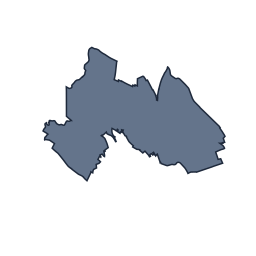 the district of Sint-Michielsgestel, Noord-Brabant, Netherlands, rotated 52°
{"feature_id": "6326949B43570757330374", "entity_name": "Sint-Michielsgestel", "entity_type": "district", "adm_level": 2, "iso_a3": "NLD", "parent_name": "Netherlands", "parent_adm1": "Noord-Brabant", "projection": "natural_earth1", "projection_center": [5.374, 51.651], "detail": "fine", "context": "isolated", "style": "filled", "palette": "slate", "viewbox_px": 256, "rotation_deg": 52, "n_neighbors": 0, "source": "geoboundaries", "source_scale": "gbopen_adm2", "svg_char_len": 5479}
<svg xmlns="http://www.w3.org/2000/svg" viewBox="0 0 256 256"><g transform="rotate(52 128 128)"><path d="M126.4,197.5L133.9,195.5L136.9,194.0L138.3,193.5L138.7,193.4L138.7,193.5L139.4,193.4L141.4,193.3L142.0,193.2L144.3,192.8L142.3,188.8L142.3,188.7L142.2,188.6L142.0,188.2L140.3,184.8L139.9,184.4L139.7,184.2L140.0,184.1L141.6,183.4L140.0,181.7L139.5,180.6L139.5,180.4L140.1,177.4L137.1,175.5L138.0,172.6L137.7,170.5L136.7,170.6L136.0,170.6L134.7,171.0L134.3,171.1L132.7,167.6L134.3,167.4L134.2,167.2L132.0,166.5L132.6,164.5L135.4,164.4L136.0,164.1L135.6,163.7L135.0,163.2L131.4,161.3L131.6,161.0L131.8,160.8L132.2,160.7L132.2,160.3L131.2,160.2L131.2,157.4L131.3,155.7L127.5,154.2L125.5,153.6L122.0,152.7L119.9,153.0L118.2,153.5L117.6,153.8L117.5,153.2L117.8,152.8L118.0,151.8L118.2,151.7L118.0,149.3L117.9,147.6L119.2,148.0L119.8,148.0L121.5,147.2L123.7,145.9L124.3,145.8L126.3,145.5L129.3,145.8L131.1,146.2L131.3,145.7L129.7,145.2L127.7,144.8L127.0,143.7L125.3,144.3L123.4,144.0L122.3,143.6L121.4,143.2L120.5,142.6L119.5,141.9L118.5,140.8L121.8,139.3L123.1,139.0L123.2,138.8L122.5,137.2L123.4,137.0L124.1,137.9L124.4,138.5L127.2,137.6L126.6,136.7L127.0,136.6L126.6,135.6L127.5,135.4L127.4,135.3L125.5,134.1L125.8,133.9L126.7,133.0L127.6,134.4L128.5,134.6L132.3,135.1L133.4,134.4L133.5,134.3L133.8,134.4L134.0,134.6L133.9,134.7L134.1,134.8L138.4,135.5L139.5,135.6L140.4,135.5L141.4,135.4L144.0,135.0L145.2,134.7L145.8,136.0L150.2,134.2L151.8,132.5L152.5,132.1L152.7,132.5L156.8,131.7L156.7,128.9L162.3,128.5L163.9,128.8L164.2,127.8L163.1,127.4L162.6,127.3L162.4,126.6L162.5,126.3L162.6,125.4L164.3,125.2L164.2,124.8L165.3,123.8L162.8,123.5L162.9,122.8L167.1,123.4L166.6,121.6L166.6,121.0L174.0,123.5L174.2,123.4L175.1,124.1L175.4,123.5L176.4,123.8L181.2,120.8L181.8,120.3L182.1,119.8L183.4,116.5L183.7,115.9L184.1,115.4L185.2,114.4L185.4,114.1L185.7,113.6L185.8,113.3L185.9,112.6L185.5,111.0L185.6,110.2L185.9,109.6L186.2,109.3L186.5,109.0L187.1,108.6L187.6,108.4L188.3,108.3L193.1,107.9L194.4,107.8L196.1,107.9L197.7,108.1L199.1,108.3L200.7,108.7L201.0,107.1L201.4,105.6L204.8,101.1L205.0,101.1L208.3,91.6L210.2,86.2L210.9,83.9L214.0,75.1L209.3,73.9L208.2,76.3L205.0,75.1L201.1,73.8L200.9,73.7L201.6,70.7L202.4,67.8L202.7,67.1L203.3,65.6L203.5,64.5L203.4,64.4L203.1,64.3L201.4,64.0L200.7,64.0L199.8,64.1L196.6,65.0L198.4,62.6L197.8,62.4L198.8,60.7L194.7,59.2L194.3,56.7L192.7,56.4L188.9,56.0L184.5,55.7L184.5,55.2L183.0,55.1L182.1,55.1L181.0,55.3L157.1,58.6L156.0,58.7L155.6,58.6L149.0,59.4L147.5,59.5L145.7,59.3L144.5,59.1L134.5,55.9L133.9,55.8L133.5,55.8L128.8,56.1L121.6,57.0L120.9,57.2L120.2,57.5L119.9,57.7L119.5,58.1L119.2,58.6L119.0,59.3L118.9,59.5L118.4,60.0L117.9,60.3L113.7,61.6L112.8,61.7L112.1,61.6L111.6,61.4L108.6,59.7L107.9,59.4L107.0,59.2L106.2,59.1L105.4,59.0L104.5,59.1L104.3,59.2L104.6,59.7L105.5,60.7L106.5,63.0L106.7,63.6L107.0,64.5L107.3,65.6L107.9,66.6L109.2,69.4L110.5,71.8L112.3,74.5L114.1,76.9L115.8,79.1L116.3,79.3L116.2,79.7L118.3,82.1L119.3,83.2L120.3,84.4L121.7,85.5L122.2,85.8L124.4,87.8L123.6,88.3L123.0,87.8L122.0,87.2L120.9,86.7L119.1,86.1L119.2,85.9L118.9,85.9L113.8,84.9L113.8,85.0L113.3,84.9L113.0,84.9L112.9,85.2L111.7,85.0L110.9,84.8L102.2,83.2L101.8,84.5L100.4,84.2L99.6,84.1L98.0,84.0L97.0,84.0L96.9,84.2L96.4,84.4L96.3,84.6L95.0,90.2L98.1,92.8L100.6,94.7L98.3,95.9L99.1,96.8L97.2,97.8L98.1,98.9L93.3,101.4L90.1,102.9L87.1,104.1L87.3,104.4L84.3,105.9L85.3,107.0L81.4,109.1L78.8,106.0L76.5,103.6L69.4,96.7L68.8,96.1L68.6,95.6L62.7,98.5L60.5,99.4L55.9,100.9L53.6,101.9L52.1,102.4L50.5,102.8L50.3,102.9L49.1,103.0L48.3,103.2L47.1,103.8L46.0,104.5L45.1,105.4L44.9,105.6L42.2,106.9L42.0,109.1L42.0,109.4L42.2,110.1L42.5,110.8L42.6,111.0L44.7,113.2L44.8,113.3L45.3,113.7L46.0,114.2L48.5,115.6L48.7,115.8L50.0,116.5L50.4,116.9L50.9,117.5L51.2,118.1L51.4,118.8L51.6,122.7L51.7,123.3L51.9,123.6L53.9,125.6L54.0,125.7L54.7,125.9L56.5,125.9L56.7,126.0L56.8,126.1L57.4,127.1L57.8,127.7L58.9,128.8L59.2,129.3L59.4,130.0L59.8,132.3L59.5,132.3L59.9,136.3L59.8,136.8L58.8,138.8L58.7,139.7L58.7,140.2L58.7,140.7L58.9,141.6L59.1,142.0L59.5,144.6L59.7,145.8L60.0,146.2L60.8,146.7L61.2,147.0L61.5,147.5L61.5,148.0L61.0,149.4L60.7,149.9L60.1,150.3L57.6,151.3L61.1,153.9L80.9,169.3L86.1,168.3L86.1,168.2L87.2,168.1L86.9,168.5L86.7,168.7L86.7,168.9L86.7,169.7L86.6,169.9L86.5,170.2L85.2,171.5L85.2,171.4L85.0,171.5L84.9,171.8L84.8,172.1L84.8,172.3L84.9,172.6L85.8,174.6L86.1,175.2L86.4,175.9L86.5,176.2L86.5,176.5L86.3,176.8L86.2,176.9L85.9,177.3L84.1,178.4L83.9,178.7L83.5,179.8L83.2,180.2L82.9,180.5L81.6,181.2L81.2,181.4L80.5,181.5L80.5,181.4L79.1,181.5L77.7,181.3L77.3,181.4L76.9,181.6L76.6,181.9L76.0,183.0L75.7,183.4L75.1,184.0L74.0,184.8L73.8,185.2L73.8,185.5L74.0,185.8L74.6,185.8L74.8,186.1L74.9,186.3L74.7,187.0L75.0,187.3L76.3,187.6L76.7,188.0L77.0,188.5L76.9,188.9L76.4,189.3L75.7,189.6L75.3,189.6L74.5,189.4L73.7,189.0L73.5,190.4L73.6,190.7L73.8,191.0L74.0,191.2L75.9,192.1L76.2,192.3L76.5,192.6L76.7,192.9L76.7,193.1L76.9,194.2L77.1,194.9L77.7,196.2L78.0,196.7L78.1,196.8L81.0,195.7L83.2,194.9L83.6,194.9L83.7,196.4L83.8,196.9L84.1,197.6L84.2,198.0L84.2,198.3L84.2,198.5L84.2,199.1L84.4,199.4L84.5,199.6L84.9,200.0L85.7,200.8L85.9,200.9L85.9,200.7L86.2,200.4L87.0,199.4L88.0,198.5L88.1,198.4L89.3,197.3L95.0,195.5L97.2,200.2L99.9,199.8L102.4,199.3L104.4,198.8L105.4,198.7L113.2,198.6L117.6,198.7L119.8,198.7L121.0,198.7L122.3,198.5L125.0,197.8L124.9,197.7L126.3,197.4L126.4,197.5Z" fill="#64748b" stroke="#1e293b" stroke-width="1.5"/></g></svg>